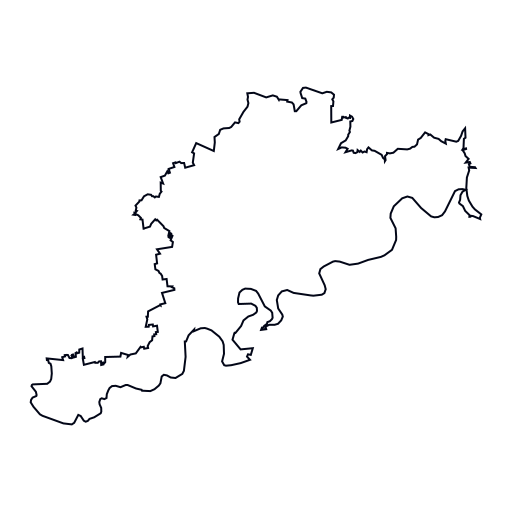 the district of Cosamaloapan de Carpio, Veracruz, Mexico
{"feature_id": "50627088B77011733949691", "entity_name": "Cosamaloapan de Carpio", "entity_type": "district", "adm_level": 2, "iso_a3": "MEX", "parent_name": "Mexico", "parent_adm1": "Veracruz", "projection": "albers", "projection_center": [-95.972, 18.282], "detail": "fine", "context": "isolated", "style": "outline", "palette": "ink", "viewbox_px": 512, "rotation_deg": 0, "n_neighbors": 0, "source": "geoboundaries", "source_scale": "gbopen_adm2", "svg_char_len": 6042}
<svg xmlns="http://www.w3.org/2000/svg" viewBox="0 0 512 512"><path d="M142.0,390.7L150.3,391.1L154.5,389.2L158.8,385.6L160.4,383.3L161.7,376.5L163.8,374.8L166.9,375.4L170.7,377.5L175.5,378.0L182.3,373.9L183.9,370.8L185.6,356.9L184.8,341.5L186.1,341.4L188.6,335.3L194.1,329.5L193.9,331.2L200.7,328.3L204.8,328.0L207.0,328.6L211.5,330.4L219.3,336.7L222.6,341.3L223.7,344.9L224.0,353.8L222.1,361.4L224.2,365.2L226.0,365.7L231.2,365.2L240.7,363.1L250.0,359.8L247.0,356.6L248.0,354.3L250.8,354.9L252.8,348.2L240.6,349.4L232.5,339.7L234.3,333.4L234.6,332.8L235.4,333.0L241.1,326.0L243.5,320.4L248.3,316.5L253.1,314.8L256.3,312.5L257.0,310.9L256.8,307.8L255.4,305.8L251.2,303.6L238.7,304.0L238.0,302.2L238.1,298.4L239.5,292.5L242.4,289.8L245.2,288.6L250.9,288.9L256.1,290.9L258.2,293.6L264.8,306.4L270.8,310.6L272.2,312.8L272.6,317.8L271.9,319.2L269.9,321.2L267.4,322.1L266.9,323.9L264.2,325.9L262.6,328.1L261.9,327.8L261.1,329.9L266.2,329.2L265.9,328.2L265.2,328.4L266.4,325.6L266.6,326.1L269.2,324.8L274.6,324.8L278.0,323.8L281.2,320.4L282.8,316.6L282.3,314.6L278.2,308.5L276.8,300.0L278.2,295.4L281.8,291.4L287.2,290.0L293.6,292.9L310.5,295.4L313.4,295.7L321.8,294.7L324.4,293.1L325.7,289.2L324.7,285.3L319.2,273.4L320.4,269.1L323.7,266.5L333.0,261.6L335.2,261.1L339.7,261.6L349.5,264.8L358.1,263.6L368.2,259.9L380.9,256.9L384.5,255.3L392.0,249.8L396.1,240.0L396.2,236.8L395.6,228.3L390.4,217.9L390.7,213.6L393.8,206.3L402.2,198.3L407.4,196.5L412.3,197.9L421.1,208.0L431.1,216.4L434.4,217.3L438.1,217.0L442.1,215.2L445.0,211.4L455.0,191.1L458.6,189.3L462.5,189.1L465.6,189.8L462.5,191.7L460.5,195.2L460.1,199.9L459.0,202.5L459.4,203.5L462.9,206.1L465.2,210.9L469.5,215.1L469.4,216.8L470.5,216.7L471.1,215.8L473.1,216.1L480.1,219.0L479.8,217.8L481.3,214.4L474.9,209.4L472.5,206.7L468.8,200.5L467.3,195.9L466.3,187.9L466.9,177.5L469.2,170.4L468.6,167.6L475.5,168.0L475.0,167.2L469.7,166.8L468.9,164.2L470.4,163.4L469.8,162.0L465.7,162.6L468.6,158.9L465.5,156.0L464.7,153.3L462.6,150.1L466.1,149.0L466.0,148.4L462.7,149.3L463.5,147.9L463.9,138.8L465.5,137.7L465.1,128.3L462.6,131.4L461.1,135.8L458.2,140.9L456.3,141.7L445.7,139.2L445.3,140.9L445.8,143.6L441.2,141.2L438.6,138.9L434.1,137.7L430.3,134.5L428.5,135.1L428.6,134.2L425.1,132.4L420.7,138.0L418.1,139.6L417.0,144.4L414.5,146.7L412.4,146.9L410.0,148.7L407.2,149.4L397.8,148.8L393.4,152.7L389.9,153.4L387.0,152.9L387.0,154.1L385.0,156.2L385.6,160.1L384.9,161.2L384.8,159.4L383.1,158.0L381.6,154.8L374.6,150.8L371.9,150.4L368.5,147.4L367.1,149.2L366.6,152.2L364.5,151.5L362.6,152.5L360.8,150.6L359.7,151.9L357.6,150.1L357.4,152.1L355.5,153.1L353.7,152.8L352.9,150.6L351.7,150.4L345.5,152.2L347.6,148.8L345.5,147.7L341.7,147.4L338.2,149.0L341.0,143.2L345.7,140.4L348.2,136.2L348.2,134.7L349.9,132.0L349.4,130.6L350.4,126.7L350.3,121.5L352.4,121.0L353.3,119.0L352.0,116.7L350.0,115.6L350.0,117.9L348.4,117.7L347.8,118.5L346.0,117.9L345.8,117.1L343.1,117.6L343.1,116.8L342.2,116.8L341.7,119.9L331.3,122.5L331.2,106.1L333.0,106.0L333.4,101.4L332.3,99.3L333.7,97.7L334.0,94.7L331.2,92.4L326.8,91.8L322.3,93.3L305.9,87.6L303.0,87.9L300.4,91.8L300.6,93.1L302.2,98.1L305.3,98.6L306.5,101.9L306.3,103.2L301.3,105.3L296.3,111.2L294.8,111.2L293.6,104.4L291.9,102.5L287.2,101.6L287.5,100.1L279.1,99.4L278.9,99.9L276.9,96.7L272.8,95.4L266.2,97.4L254.0,92.8L247.3,93.3L248.0,96.9L247.5,99.6L248.4,103.1L247.5,106.7L243.5,111.8L239.2,119.3L239.6,121.7L238.4,123.1L235.0,122.4L231.2,127.0L229.2,128.0L223.5,128.4L220.2,129.8L218.8,134.0L214.5,137.0L214.8,142.5L213.8,151.0L196.2,143.1L192.1,152.3L194.1,153.4L192.8,162.6L194.1,165.2L185.2,167.7L184.1,163.0L181.2,163.1L179.5,161.7L175.8,163.1L175.5,162.4L173.1,163.2L174.4,167.0L168.7,168.9L169.9,172.7L168.3,173.3L167.3,171.3L164.9,175.6L160.7,177.1L163.1,183.5L160.7,182.6L160.8,190.8L161.5,191.6L159.8,193.7L158.9,196.9L155.9,196.5L154.8,197.4L153.3,196.2L152.0,196.2L151.1,194.8L147.7,194.3L144.0,196.3L141.5,200.3L139.5,200.4L139.4,201.5L135.5,205.6L136.4,207.6L135.7,210.8L136.8,211.0L135.3,212.9L134.6,212.8L134.9,213.5L133.5,214.7L135.5,215.0L136.1,214.3L138.3,215.3L140.9,217.9L140.4,219.3L142.5,219.6L143.7,229.7L143.6,228.6L150.0,226.6L151.2,223.8L155.2,219.3L156.2,220.4L157.1,219.7L163.5,226.2L164.2,228.0L169.4,231.1L168.1,236.7L170.1,233.0L171.1,233.6L168.8,237.3L169.9,237.9L171.5,235.0L172.5,235.8L170.6,240.3L172.9,242.0L172.1,246.9L157.0,249.3L160.0,253.7L156.1,254.7L157.1,263.4L154.7,264.1L155.4,269.3L158.5,270.9L159.4,272.9L160.7,273.7L162.1,275.9L162.6,279.5L166.6,279.0L167.5,286.3L172.2,286.4L171.8,287.1L174.3,288.3L174.4,289.9L162.0,292.9L165.3,303.2L160.3,304.4L160.5,305.5L160.0,305.2L148.1,311.4L147.8,317.6L147.5,316.6L146.5,316.7L147.3,319.4L145.7,326.8L148.7,326.7L148.9,324.9L151.0,324.7L152.8,324.5L153.1,326.4L157.0,325.7L157.8,331.9L155.9,332.1L156.2,334.2L154.2,334.4L154.4,336.1L152.5,336.4L152.1,340.3L149.7,342.1L147.7,346.0L148.1,348.0L144.2,348.7L143.8,346.8L141.2,347.3L140.6,346.8L135.8,353.4L130.4,354.5L127.7,356.8L128.1,355.0L121.1,352.9L120.4,356.6L105.2,357.0L105.2,362.2L103.9,363.7L102.7,361.8L103.2,364.5L101.2,365.0L101.0,361.3L99.1,361.4L97.8,362.8L95.2,362.8L94.9,362.0L83.9,364.8L82.8,358.6L84.4,358.1L84.1,356.8L82.8,357.1L82.5,348.5L79.3,349.5L79.2,352.7L76.7,353.4L76.5,352.5L75.5,353.1L75.9,356.8L74.2,357.3L73.0,354.5L72.2,354.8L72.5,355.4L71.6,355.7L72.5,357.8L71.6,358.2L69.5,358.0L67.9,355.0L66.8,354.9L64.8,355.1L65.1,356.4L62.2,357.2L63.1,360.1L46.7,358.4L46.9,360.1L48.2,360.3L48.8,362.9L50.5,363.7L51.3,366.3L51.8,373.5L51.2,379.0L50.0,381.6L47.2,383.8L32.8,384.4L31.9,385.0L31.5,386.2L35.9,391.8L36.6,395.0L36.3,396.0L32.6,397.6L31.1,399.8L30.7,402.3L33.5,406.8L39.9,414.3L42.5,415.8L63.4,423.4L71.8,424.4L74.2,422.8L78.3,414.9L80.7,416.0L83.8,420.7L85.7,421.7L87.8,420.9L89.5,418.9L94.2,417.3L100.7,413.3L101.3,411.6L101.2,407.9L99.6,404.3L99.3,402.0L100.3,399.1L101.7,398.3L104.4,399.1L106.5,398.0L106.8,394.2L108.3,390.4L109.6,388.0L112.0,386.1L115.7,385.8L120.5,387.2L125.7,385.0L127.6,385.0L136.0,388.5L141.6,389.8L142.0,390.7Z" fill="none" stroke="#020617" stroke-width="2"/></svg>